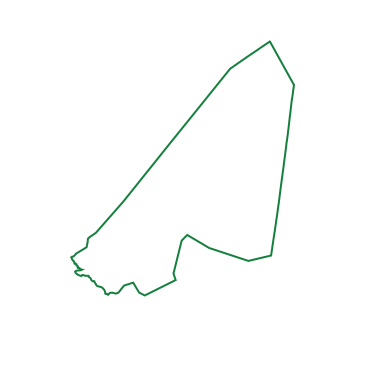 Tombouctou, Timbuktu, Mali (Robinson projection), rotated 61°
{"feature_id": "8926073B54989133575544", "entity_name": "Tombouctou", "entity_type": "district", "adm_level": 2, "iso_a3": "MLI", "parent_name": "Mali", "parent_adm1": "Timbuktu", "projection": "robinson", "projection_center": [-3.022, 20.751], "detail": "fine", "context": "isolated", "style": "outline", "palette": "green", "viewbox_px": 384, "rotation_deg": 61, "n_neighbors": 0, "source": "geoboundaries", "source_scale": "gbopen_adm2", "svg_char_len": 2964}
<svg xmlns="http://www.w3.org/2000/svg" viewBox="0 0 384 384"><g transform="rotate(61 192 192)"><path d="M261.1,249.0L254.3,247.7L229.5,224.6L227.3,217.0L249.3,204.1L260.9,193.4L279.6,176.1L285.9,153.6L285.6,153.4L284.7,152.7L283.9,152.1L283.5,151.8L283.4,151.7L281.9,150.6L281.7,150.5L281.5,150.2L278.5,148.0L277.6,147.3L276.7,146.6L276.4,146.4L275.6,145.7L275.4,145.6L271.6,142.7L263.7,136.6L257.5,131.9L253.2,128.6L245.3,122.7L242.3,120.4L238.3,117.5L237.3,116.8L237.2,116.7L236.7,116.3L236.6,116.2L235.8,115.7L234.8,114.9L234.2,114.5L233.8,114.2L228.9,110.6L222.5,105.8L222.3,105.6L221.3,104.9L220.9,104.6L220.5,104.3L220.2,104.1L219.4,103.5L217.4,102.0L217.1,101.8L216.3,101.2L216.2,101.1L215.5,100.6L215.1,100.3L213.8,99.3L212.7,98.6L212.0,98.0L210.8,97.2L209.5,96.2L209.1,95.9L208.8,95.7L207.5,94.7L204.5,92.5L202.3,90.9L200.0,89.2L199.6,88.9L199.4,88.7L196.7,86.8L193.9,84.8L193.9,84.7L192.7,83.8L190.3,82.0L187.2,79.7L185.9,78.8L185.6,78.6L183.2,76.8L174.8,70.8L174.2,70.4L171.6,68.5L171.1,68.1L161.4,61.2L154.8,56.1L152.8,54.7L149.3,52.0L148.7,51.6L147.8,50.9L147.6,50.9L142.9,50.9L136.0,50.9L134.9,50.9L125.8,50.9L114.2,50.9L105.9,50.9L101.1,50.9L98.3,50.9L98.1,51.0L98.2,51.7L98.3,53.1L98.9,59.9L100.0,71.6L100.6,78.5L101.2,84.2L101.3,85.9L101.4,86.1L101.6,88.6L101.8,90.2L101.8,90.6L101.9,90.8L102.1,92.9L102.1,93.5L102.2,94.4L102.3,94.8L102.4,95.6L102.4,95.9L102.5,97.0L102.6,98.2L102.7,98.7L102.7,98.9L128.8,163.1L138.2,186.3L167.1,256.8L181.1,295.9L181.5,299.6L181.8,303.3L182.4,305.6L185.5,307.8L189.2,311.0L189.6,320.5L189.7,323.4L189.7,323.5L190.1,324.3L190.4,325.0L190.7,325.9L190.8,326.9L190.7,327.7L190.4,328.4L190.4,328.8L190.7,329.3L191.4,329.1L192.2,329.5L192.9,329.5L193.5,329.4L194.2,329.3L194.7,329.2L194.8,329.2L195.1,328.9L195.5,328.9L196.0,328.9L196.9,329.2L197.5,329.5L197.8,329.4L197.8,329.2L197.9,328.9L198.0,328.9L198.1,328.5L198.2,328.4L198.5,328.3L198.8,328.4L199.0,328.3L199.2,328.1L199.7,328.2L199.8,328.3L199.9,328.5L200.1,328.7L200.3,328.7L200.5,328.5L200.8,328.4L201.1,328.2L201.5,327.9L201.9,327.9L202.2,328.0L202.4,328.1L202.6,328.5L202.8,328.7L203.1,328.6L203.4,328.1L203.4,327.9L203.6,327.7L204.0,327.5L204.1,327.3L204.3,327.2L204.6,327.3L204.9,327.3L205.1,327.4L205.4,327.3L205.4,327.2L205.5,327.0L205.5,326.8L205.5,326.7L205.8,326.5L206.1,326.7L206.3,326.7L206.6,326.2L206.6,326.9L205.5,329.6L205.0,330.6L204.8,331.8L205.0,332.8L206.3,333.1L209.4,331.8L211.9,329.4L211.5,328.4L211.6,327.7L212.7,326.7L213.8,325.6L213.9,325.3L215.1,323.2L215.7,323.1L216.3,323.3L216.9,323.1L217.8,322.7L218.7,322.5L219.3,322.7L220.3,322.7L221.2,322.5L222.0,322.0L222.3,321.0L222.9,320.7L223.5,321.0L224.4,320.8L226.7,320.8L228.3,320.5L231.4,317.3L231.9,317.0L233.6,316.5L235.0,316.2L237.6,316.4L238.1,316.9L238.8,317.1L239.5,316.7L240.2,315.4L241.2,315.2L240.4,312.6L241.5,310.4L243.9,307.9L244.4,305.4L243.6,303.3L240.9,296.8L242.8,287.4L254.4,287.0L259.6,283.4L261.1,249.0Z" fill="none" stroke="#15803d" stroke-width="2"/></g></svg>